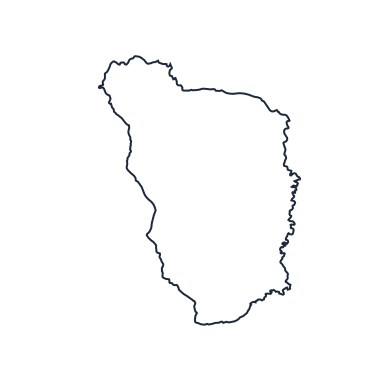 Luro, Lautém, East Timor, rotated 27°
{"feature_id": "22284137B78720484995027", "entity_name": "Luro", "entity_type": "district", "adm_level": 2, "iso_a3": "TLS", "parent_name": "East Timor", "parent_adm1": "Lautém", "projection": "albers", "projection_center": [126.805, -8.55], "detail": "fine", "context": "isolated", "style": "outline", "palette": "slate", "viewbox_px": 384, "rotation_deg": 27, "n_neighbors": 0, "source": "geoboundaries", "source_scale": "gbopen_adm2", "svg_char_len": 6014}
<svg xmlns="http://www.w3.org/2000/svg" viewBox="0 0 384 384"><g transform="rotate(27 192 192)"><path d="M213.5,283.1L214.7,282.5L215.4,282.4L217.4,283.1L218.2,283.1L220.7,281.8L221.2,281.8L223.7,283.7L224.5,284.9L228.9,286.2L231.2,286.7L234.9,287.0L241.3,287.9L242.0,288.3L243.4,288.1L245.1,289.1L245.6,290.2L245.8,292.6L246.3,293.6L249.2,296.8L249.7,297.1L251.0,297.3L251.4,298.0L251.2,300.0L251.5,301.4L252.6,304.5L253.9,306.4L255.0,306.5L257.3,306.0L260.0,305.8L260.9,305.5L264.0,304.2L265.2,302.7L267.2,302.4L270.1,300.1L272.2,298.1L275.5,296.1L276.1,295.1L277.4,294.0L278.0,293.9L279.3,294.4L281.6,292.0L283.9,291.6L288.5,288.0L290.2,285.9L291.0,284.4L291.8,281.8L293.8,279.5L295.8,275.1L295.9,273.0L295.7,272.2L296.0,271.7L296.2,270.4L295.7,267.5L295.9,265.9L295.2,265.9L294.7,265.1L295.3,263.5L296.9,261.8L298.7,261.5L298.3,260.6L298.6,259.9L299.5,259.1L299.4,258.4L300.4,257.3L302.0,256.7L303.6,256.8L303.9,256.2L304.9,254.9L304.5,254.2L304.4,253.0L305.2,251.7L305.0,250.8L304.1,249.9L303.9,249.2L306.9,247.5L308.3,247.1L308.4,246.4L308.5,245.6L306.8,245.0L306.6,244.2L307.1,243.7L307.7,243.4L308.4,243.4L309.1,242.2L310.5,242.3L312.1,242.8L312.6,242.3L314.8,241.5L315.4,242.0L315.7,242.8L319.7,242.2L320.1,241.3L319.7,240.4L317.7,238.7L317.6,237.8L319.3,234.7L320.0,234.0L321.6,235.6L322.7,234.6L323.3,233.6L322.5,232.7L321.8,229.9L320.0,230.2L318.0,229.5L316.7,229.6L316.1,229.3L315.9,228.5L316.5,226.0L316.4,225.4L315.1,223.1L314.8,221.6L313.8,220.8L311.4,220.0L310.4,219.1L309.4,217.7L306.8,216.5L305.2,215.4L303.1,214.8L302.5,214.3L302.3,212.7L302.8,210.5L302.4,210.1L302.2,209.2L303.0,207.6L302.6,204.9L302.0,204.6L299.8,205.9L299.1,206.2L298.6,206.0L299.0,204.4L298.3,203.9L297.5,204.0L296.8,203.6L296.3,202.5L296.3,201.4L296.7,200.5L297.9,200.2L298.3,199.5L298.2,198.5L299.5,197.4L299.4,196.5L298.8,196.4L296.7,197.4L296.0,197.1L296.1,196.1L296.5,195.5L297.5,194.9L300.2,194.7L300.4,193.0L299.8,192.1L299.0,191.6L297.3,191.8L296.7,190.9L296.8,188.1L296.5,185.5L296.7,184.9L298.5,185.1L299.6,184.8L300.3,184.4L300.7,183.7L300.7,182.7L299.9,179.8L299.3,179.1L298.0,178.8L296.9,179.2L296.3,179.1L295.3,176.9L294.8,176.5L295.2,175.9L297.6,175.0L298.1,174.3L297.9,173.7L297.2,173.1L295.5,172.4L294.7,172.5L292.4,173.5L290.6,173.1L290.9,171.6L291.3,170.7L291.5,168.8L291.2,168.2L289.8,168.2L288.7,167.2L288.3,165.6L287.7,164.7L287.7,164.0L289.0,162.4L289.2,161.5L289.3,160.8L288.9,160.0L287.9,158.9L288.1,158.0L288.9,157.2L288.8,154.8L288.5,154.3L287.2,153.8L284.4,154.3L284.3,152.9L285.2,150.0L284.9,149.2L283.8,148.8L281.8,147.1L281.9,146.4L284.1,146.0L284.0,145.2L283.0,144.5L283.0,143.9L283.6,143.6L284.0,142.8L283.8,142.2L283.0,141.3L282.4,141.0L281.5,141.0L279.5,142.0L278.6,142.1L279.5,140.2L282.0,139.6L282.6,139.1L282.8,138.4L282.4,137.7L282.6,136.6L282.1,136.1L281.4,135.8L279.7,136.0L278.5,135.8L281.5,132.3L282.4,131.8L282.3,131.2L281.1,130.2L279.3,130.3L278.3,130.0L276.4,128.7L275.6,128.6L274.8,128.8L273.8,129.6L272.7,132.4L271.8,132.4L271.3,131.5L271.7,130.1L270.9,128.0L267.6,128.7L267.0,128.4L265.6,126.5L265.1,126.3L262.1,126.8L261.3,125.8L261.0,124.7L261.2,123.7L260.6,122.2L260.6,120.2L260.3,118.7L259.0,117.3L257.3,116.7L256.6,114.7L256.3,112.6L255.9,111.5L252.6,108.4L251.2,106.8L251.4,105.9L252.8,104.3L253.1,102.5L252.9,101.7L252.1,100.5L247.7,97.9L246.4,95.9L246.2,94.6L246.5,93.4L247.0,92.8L248.2,92.1L248.9,91.3L248.7,90.6L246.3,89.1L245.0,87.6L244.7,86.9L244.5,86.3L245.0,85.4L245.8,85.1L246.5,84.1L243.6,81.9L241.3,80.8L239.7,81.0L237.6,82.0L236.0,82.3L234.5,82.2L232.9,81.3L232.0,81.5L230.9,80.5L230.2,80.7L228.5,82.7L227.7,83.4L226.2,84.0L225.5,84.0L223.9,83.6L215.5,78.9L214.1,78.6L212.9,78.8L211.7,77.9L210.7,77.5L207.9,77.7L204.1,78.9L198.6,79.5L195.8,80.1L193.3,80.8L189.6,82.3L183.5,86.2L179.5,87.7L176.9,88.2L172.3,87.9L170.8,89.4L167.9,90.7L167.1,90.9L166.2,90.4L165.3,90.2L163.5,91.1L161.9,92.2L156.8,94.1L154.3,95.3L152.4,97.2L149.3,99.4L146.5,101.0L144.8,101.4L143.5,102.9L138.4,105.5L137.1,105.4L135.8,103.1L133.6,102.0L132.7,102.6L131.2,103.2L129.8,102.8L128.9,101.8L128.4,100.6L125.5,98.0L125.0,98.4L125.0,99.4L124.2,100.1L121.5,97.9L119.7,98.3L119.0,97.9L117.8,96.3L117.0,93.6L117.2,92.8L117.8,91.5L117.8,90.6L114.6,88.0L114.7,89.5L114.4,90.4L113.8,91.1L113.0,91.2L112.1,90.8L111.2,89.6L107.9,91.2L104.2,91.7L103.4,91.6L102.1,90.4L100.5,92.7L98.1,94.4L96.8,96.1L94.4,97.8L92.8,97.7L89.5,96.1L85.2,95.4L83.2,95.5L79.7,96.8L79.2,97.4L78.8,99.7L77.2,100.9L76.3,102.5L76.2,104.0L76.4,105.8L75.8,108.0L75.2,108.5L74.1,108.5L72.8,107.6L72.1,107.7L69.7,109.2L69.7,111.4L68.6,111.7L65.5,111.0L63.4,111.0L62.6,111.4L61.6,113.6L61.4,115.2L61.9,118.7L61.9,121.9L61.7,123.9L60.9,125.4L60.7,126.1L62.8,130.3L62.9,131.6L62.4,133.5L62.5,134.7L64.0,136.5L64.0,137.4L62.1,139.0L61.5,139.9L61.4,140.6L61.7,141.2L62.4,141.4L64.3,139.8L65.6,139.5L66.8,140.0L70.3,143.1L72.6,143.7L74.7,143.5L77.1,145.9L77.4,150.0L77.8,150.4L78.9,150.6L79.8,150.1L82.2,152.8L84.8,154.0L85.9,155.7L86.4,156.0L88.0,156.3L89.3,157.1L90.5,157.0L95.9,158.1L101.7,160.8L103.5,161.3L105.7,161.3L105.9,162.1L106.9,163.2L107.3,165.2L108.1,167.6L109.8,169.5L112.3,171.3L113.2,173.4L114.4,174.0L115.2,175.6L115.5,177.1L116.2,177.9L116.5,179.9L117.1,180.6L117.5,182.3L118.8,183.1L119.3,183.8L118.8,185.8L119.6,188.0L119.1,190.9L119.8,192.5L120.0,194.0L121.2,195.6L122.0,197.5L122.3,199.0L123.0,200.4L124.7,201.5L128.2,202.7L133.1,203.9L135.3,205.2L136.8,207.3L139.3,207.5L144.9,210.4L150.0,215.0L151.6,216.2L153.0,217.0L156.6,218.4L159.5,219.0L162.0,219.9L163.8,220.9L166.1,222.8L167.9,224.8L168.6,230.3L170.4,238.2L172.0,242.4L172.2,246.2L171.7,248.4L171.1,249.5L171.3,251.1L174.1,252.6L177.6,253.7L180.1,254.0L183.8,255.5L184.3,255.9L185.3,258.0L186.4,259.5L187.3,261.2L188.8,261.8L191.2,261.3L192.0,262.4L192.4,264.4L193.1,265.1L194.8,266.1L196.6,267.8L198.9,269.1L199.4,269.8L199.9,271.4L199.6,272.9L199.8,273.6L201.2,276.3L202.2,276.9L202.7,277.6L204.2,280.9L204.7,281.3L205.9,281.4L208.7,281.2L210.8,280.2L211.4,280.3L212.9,282.7L213.5,283.1Z" fill="none" stroke="#1e293b" stroke-width="2"/></g></svg>